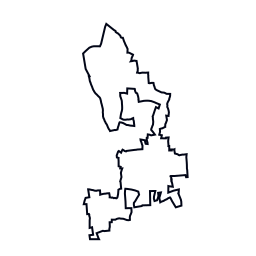 the district of Uayma, Yucatán, Mexico, rotated 352°
{"feature_id": "50627088B22257473045304", "entity_name": "Uayma", "entity_type": "district", "adm_level": 2, "iso_a3": "MEX", "parent_name": "Mexico", "parent_adm1": "Yucatán", "projection": "robinson", "projection_center": [-88.359, 20.788], "detail": "fine", "context": "isolated", "style": "outline", "palette": "ink", "viewbox_px": 256, "rotation_deg": 352, "n_neighbors": 0, "source": "geoboundaries", "source_scale": "gbopen_adm2", "svg_char_len": 5958}
<svg xmlns="http://www.w3.org/2000/svg" viewBox="0 0 256 256"><g transform="rotate(352 128 128)"><path d="M117.1,219.3L117.4,216.6L117.6,215.8L118.0,214.9L118.9,213.5L119.8,211.8L120.0,210.2L120.1,208.5L120.2,207.8L114.6,207.1L115.3,200.4L115.8,192.5L116.3,189.9L116.9,187.8L118.7,188.2L122.8,189.4L126.3,190.8L129.3,192.4L129.7,195.6L127.3,198.5L125.1,201.3L123.4,203.0L123.1,204.8L123.2,207.4L130.8,207.2L131.4,206.6L139.3,207.5L141.0,193.5L146.3,194.2L144.2,199.5L143.8,201.7L144.1,204.0L146.7,203.6L147.8,201.6L148.7,199.5L148.8,196.4L151.6,196.4L149.3,201.6L149.6,206.1L150.8,205.6L153.3,205.1L153.9,204.7L155.8,204.1L156.4,204.0L157.6,203.3L159.9,202.6L160.4,203.4L161.4,206.4L164.3,213.2L170.1,212.3L170.5,208.5L170.4,206.4L168.8,200.0L169.0,200.0L169.8,195.9L164.4,196.4L158.9,197.6L159.9,191.1L160.6,191.4L164.2,192.4L164.0,188.6L163.7,187.4L163.8,187.4L163.9,185.5L164.0,185.2L163.6,185.2L163.9,182.9L164.1,182.1L163.4,181.8L163.5,181.5L167.3,182.0L178.3,182.6L178.7,184.8L180.2,184.9L180.8,177.7L180.7,176.6L181.2,172.4L181.4,170.0L181.7,165.0L182.4,162.1L179.5,162.1L178.0,161.9L177.0,162.0L175.9,162.0L175.2,162.2L174.5,161.9L173.5,160.9L172.3,160.4L170.9,159.8L170.8,156.7L171.0,155.6L170.7,155.7L167.9,155.3L168.0,156.3L165.7,156.0L165.9,154.8L166.3,151.6L165.5,151.5L165.7,150.5L165.9,146.9L166.3,145.1L166.9,143.0L164.3,142.8L164.1,143.5L159.4,142.8L160.5,139.9L158.0,139.0L159.2,136.3L159.4,133.4L161.0,133.1L162.0,133.1L162.7,132.8L165.0,132.1L165.0,131.7L165.4,129.9L165.5,129.4L165.8,128.9L166.2,128.4L166.9,127.0L167.5,126.0L167.7,125.4L167.6,121.1L169.8,121.7L169.9,121.1L170.1,120.6L170.5,118.8L170.7,118.2L170.6,116.2L170.3,114.1L169.8,112.6L170.1,111.5L170.2,110.8L170.1,109.8L170.3,109.2L171.0,107.9L172.8,105.5L173.0,104.5L173.5,103.6L174.0,102.5L174.2,101.9L174.5,100.1L170.8,99.5L170.0,98.8L168.7,98.0L166.1,97.4L161.7,94.5L160.5,93.4L160.1,92.0L159.9,90.3L159.6,89.7L159.5,86.9L158.6,86.7L158.3,86.7L157.5,86.6L155.8,86.7L154.8,86.4L155.2,80.0L155.4,79.1L155.4,77.8L155.7,75.9L153.0,75.7L150.2,75.2L148.6,75.2L147.8,75.3L147.1,75.3L146.6,75.1L145.3,74.5L144.7,74.4L144.8,74.1L145.5,73.1L145.8,71.4L145.8,71.0L146.0,70.6L145.8,62.8L145.1,62.7L144.3,62.3L143.3,62.1L142.0,62.3L140.1,62.3L140.8,61.5L141.3,59.3L141.8,58.5L142.4,57.5L142.7,57.2L143.2,56.1L142.5,55.6L141.4,54.9L139.9,53.8L138.9,53.4L137.9,53.3L138.6,49.7L137.9,47.3L137.6,46.7L137.5,45.9L137.1,45.3L136.8,43.8L136.2,41.8L136.0,40.9L135.9,40.3L135.5,38.0L134.8,37.9L134.1,37.6L133.7,37.4L133.4,36.7L133.3,35.8L133.0,35.2L131.9,33.8L131.2,32.9L130.7,32.6L129.2,31.3L129.2,30.4L129.1,30.1L127.8,29.1L121.0,21.9L119.4,24.7L113.1,40.8L111.6,43.2L105.6,42.3L103.5,42.4L100.9,43.1L96.6,46.0L93.9,48.0L94.3,63.6L97.1,71.4L96.4,71.4L96.6,72.5L96.7,74.1L96.7,75.2L96.8,76.6L97.0,77.0L97.0,77.5L97.3,78.3L97.3,78.8L97.5,79.8L98.3,82.7L98.3,83.1L98.5,83.8L98.9,85.5L99.3,86.2L99.5,87.0L100.4,88.8L100.7,89.3L101.8,90.6L102.6,91.8L104.1,93.7L104.4,94.3L104.6,94.8L104.9,97.1L105.0,99.5L105.2,100.5L105.7,105.5L105.6,107.2L105.2,109.1L105.2,110.5L105.0,112.3L104.9,112.6L104.9,113.5L105.1,114.2L105.1,114.9L105.4,115.5L105.6,116.2L105.9,117.8L106.2,118.6L106.5,119.2L106.7,120.2L107.3,121.2L107.6,122.0L108.3,124.8L108.8,126.2L109.2,127.1L109.7,127.7L109.8,128.5L113.6,128.2L114.5,128.1L115.2,128.3L115.8,128.3L117.4,128.0L118.2,125.8L119.0,124.3L119.4,123.4L119.7,122.6L120.0,122.0L120.1,121.8L120.5,121.2L122.1,121.6L123.8,122.4L125.5,123.6L127.0,124.8L128.5,125.1L129.5,125.5L130.5,125.9L132.7,126.4L134.5,126.9L134.6,126.1L134.6,124.4L134.7,122.2L134.7,121.7L134.4,120.6L134.5,118.9L133.3,119.2L132.4,119.6L131.9,119.7L130.8,119.7L129.6,119.7L128.4,119.4L127.2,119.5L125.4,119.3L124.4,119.0L121.8,117.1L122.8,113.8L123.5,111.9L124.2,110.4L124.8,108.6L125.1,106.7L125.3,104.6L125.4,103.0L125.6,101.0L125.6,99.8L125.1,97.2L125.1,96.8L124.9,96.3L124.8,95.9L124.8,94.9L125.1,92.8L125.1,92.2L129.2,92.7L131.9,93.8L132.8,88.7L140.1,90.2L140.2,91.1L140.1,91.9L140.6,94.0L140.8,94.3L141.9,95.0L142.4,98.2L142.5,100.9L142.3,101.1L142.3,103.6L147.6,103.3L150.7,103.6L152.8,104.0L153.7,104.3L154.6,104.5L158.0,106.3L158.7,106.8L162.8,109.2L161.0,112.9L158.6,111.2L157.2,113.8L154.5,119.3L154.0,119.9L154.1,121.1L153.9,122.5L153.9,125.0L153.7,126.1L153.2,128.2L152.4,129.4L152.2,129.9L150.9,132.2L150.7,133.1L152.0,135.1L153.7,138.3L150.0,138.5L149.2,138.2L148.6,137.7L146.7,137.1L146.0,140.5L145.2,140.4L145.0,141.4L145.0,142.7L145.0,143.5L145.3,145.1L145.2,146.6L143.3,146.1L143.1,145.1L143.0,143.3L143.0,142.5L141.0,141.8L138.8,141.1L138.8,142.4L139.3,144.1L139.6,146.3L139.9,147.5L139.3,151.0L134.1,150.6L133.2,150.7L131.6,150.6L123.3,150.5L122.8,150.9L121.4,150.3L120.7,149.5L119.6,148.7L119.1,149.3L117.7,151.5L115.7,149.5L115.0,149.9L113.0,153.6L112.9,155.6L114.5,156.3L114.2,157.6L114.2,158.2L114.1,159.4L113.4,164.6L115.3,165.4L114.7,166.9L116.7,167.2L116.2,168.1L115.0,170.7L114.7,171.6L114.7,175.7L112.8,179.9L113.1,180.4L112.8,187.1L111.7,187.1L109.9,187.8L109.8,188.4L109.3,190.7L108.9,192.4L108.4,193.7L108.1,194.6L107.7,195.4L106.9,196.0L106.5,196.0L105.4,195.4L104.4,195.5L104.1,195.5L103.3,194.9L103.0,194.7L102.2,194.7L101.9,194.7L101.4,194.4L100.2,194.1L100.4,193.1L100.4,191.6L100.3,190.0L98.2,189.8L96.4,189.9L95.7,189.8L94.3,189.8L92.2,190.0L91.2,190.2L91.3,189.1L91.5,188.1L91.5,186.8L91.6,185.9L90.3,185.7L88.8,185.6L88.1,185.8L87.2,185.6L86.9,185.6L86.0,185.3L84.9,184.7L83.2,184.2L81.2,183.4L80.0,183.2L80.1,191.2L76.3,191.3L74.9,194.0L73.6,197.3L74.6,197.4L76.3,197.6L75.6,207.6L77.3,207.7L77.6,208.5L77.4,209.4L77.7,211.4L77.7,212.1L77.2,214.0L76.1,221.6L78.6,221.3L78.6,228.9L74.9,228.8L74.9,232.8L83.8,234.1L83.4,232.9L82.3,227.8L88.8,226.3L90.2,226.8L95.3,227.0L95.5,225.3L96.2,223.4L96.4,221.7L96.7,218.8L98.8,219.0L99.2,216.5L100.9,216.8L102.8,217.0L104.1,216.5L105.2,216.3L106.0,216.3L106.5,216.2L107.0,216.3L108.1,216.7L110.6,217.2L111.3,217.5L111.8,217.8L114.1,219.0L115.8,219.4L117.1,219.3Z" fill="none" stroke="#020617" stroke-width="2"/></g></svg>